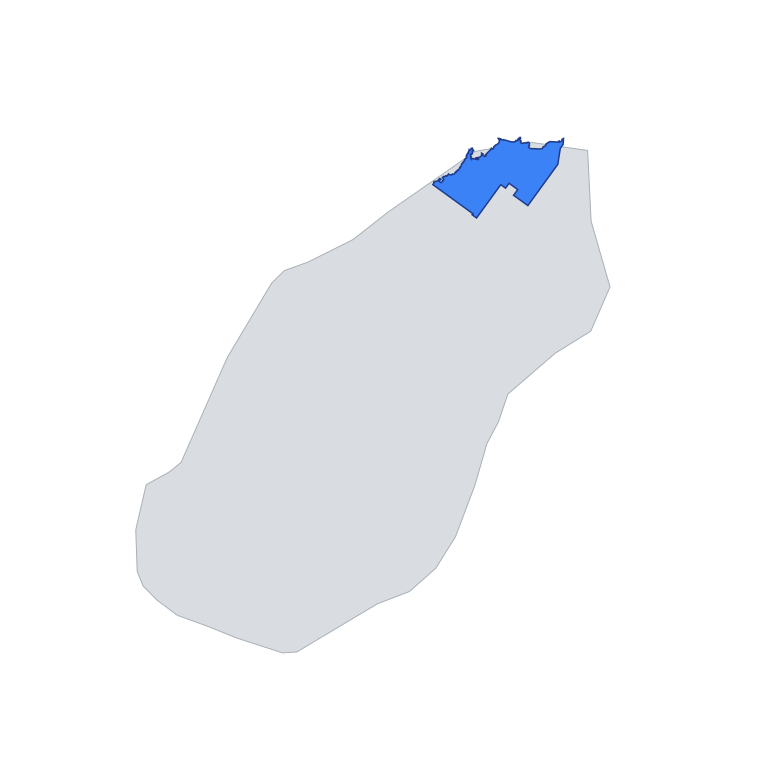 78, Madinat ach Shamal, Qatar (highlighted), rotated 36°
{"feature_id": "91078587B72332727540612", "entity_name": "78", "entity_type": "district", "adm_level": 2, "iso_a3": "QAT", "parent_name": "Qatar", "parent_adm1": "Madinat ach Shamal", "projection": "albers", "projection_center": [51.051, 25.993], "detail": "fine", "context": "in_parent", "style": "filled", "palette": "blue", "viewbox_px": 768, "rotation_deg": 36, "n_neighbors": 0, "source": "geoboundaries", "source_scale": "gbopen_adm2", "svg_char_len": 6128}
<svg xmlns="http://www.w3.org/2000/svg" viewBox="0 0 768 768"><g transform="rotate(36 384 384)"><path d="M414.5,676.0L382.7,684.0L352.8,692.6L327.8,692.3L307.8,689.0L294.5,680.7L268.9,647.9L250.8,605.3L262.0,581.5L265.9,566.7L241.6,454.5L233.8,368.3L236.8,350.6L250.7,330.3L274.0,285.4L286.3,242.2L321.1,142.2L357.8,103.7L411.5,75.4L455.9,130.6L509.8,172.6L520.2,219.7L504.5,258.2L490.1,319.4L498.9,347.5L502.3,371.8L517.1,412.6L531.6,465.6L534.2,502.5L526.6,536.8L507.9,565.6L470.9,652.1L459.9,661.2L414.5,676.0Z" fill="#d9dde1" stroke="#a8b0b8" stroke-width="1"/><path d="M395.5,155.1L395.5,104.1L388.1,89.7L388.1,84.9L384.9,79.8L384.7,80.1L384.7,80.6L384.5,81.0L384.2,81.5L384.3,81.7L384.9,82.2L385.1,82.4L384.2,84.5L383.3,84.9L383.0,84.4L382.8,84.5L383.5,85.3L383.1,85.5L382.1,86.3L381.9,86.3L381.4,86.7L380.7,87.3L378.9,88.3L377.6,89.2L376.2,90.0L375.9,90.3L375.7,90.7L375.5,90.9L375.6,91.1L375.1,91.5L375.2,92.1L374.6,92.8L374.3,93.9L374.0,94.2L374.3,94.9L374.3,95.2L374.1,95.6L374.7,96.1L374.7,96.3L374.5,96.9L374.2,97.4L373.6,98.0L373.3,98.6L373.5,98.9L373.5,99.4L373.7,100.0L373.7,100.3L373.4,100.8L372.9,101.4L371.9,102.2L371.5,102.6L366.8,105.6L366.5,105.9L364.8,107.0L363.7,107.5L363.0,107.6L362.1,107.6L361.5,107.1L361.3,106.8L361.4,106.6L361.2,105.8L361.3,105.7L361.4,105.9L361.6,105.8L361.4,105.5L360.7,104.8L360.5,104.3L360.5,104.1L359.5,103.6L358.8,103.6L358.3,104.4L358.1,104.7L357.9,104.7L357.6,105.3L357.3,105.4L356.9,105.8L356.6,105.9L356.2,106.3L355.9,106.4L355.7,106.8L355.5,107.1L355.2,107.2L355.2,107.4L355.0,107.5L354.4,108.1L353.6,108.6L353.4,108.6L352.3,108.1L352.2,106.9L351.6,106.7L350.2,106.5L349.4,107.0L349.4,106.4L349.5,105.9L349.7,105.5L350.1,105.2L350.1,104.7L349.5,104.6L349.5,104.8L349.1,104.6L349.1,105.4L349.0,105.5L348.9,105.8L348.7,105.8L348.6,106.3L348.4,106.5L348.5,107.4L348.8,107.7L348.8,108.0L349.0,108.0L349.1,108.4L348.9,108.6L348.7,108.6L348.6,108.9L347.8,109.2L348.0,109.5L347.6,109.9L347.6,110.2L347.8,110.5L347.8,110.8L347.5,111.1L347.4,111.3L347.2,111.3L347.0,111.7L346.8,111.8L344.8,113.2L343.9,113.6L340.1,114.9L338.6,115.5L338.4,115.7L337.9,116.0L337.4,115.9L337.4,116.2L337.3,116.4L335.7,117.1L335.2,117.0L335.0,117.5L334.3,117.8L334.0,117.8L333.9,117.7L333.8,117.3L332.8,117.7L332.7,117.9L332.3,118.1L332.1,118.0L331.9,118.1L332.0,118.3L332.4,118.4L332.7,118.4L334.2,119.0L334.3,119.6L334.5,119.7L334.8,120.2L335.0,120.8L335.0,121.4L335.1,121.8L334.8,123.1L334.3,124.3L333.8,125.0L333.9,125.9L333.6,126.4L333.5,126.9L333.3,127.2L333.3,127.5L333.8,127.9L333.9,128.1L333.9,128.5L334.1,128.8L334.1,129.6L333.4,130.4L333.3,130.5L333.2,130.3L332.8,130.6L332.4,130.1L332.5,130.0L332.4,129.9L332.3,130.0L332.7,130.6L332.5,130.8L332.7,131.5L332.6,131.8L332.7,132.1L332.5,132.6L332.2,133.0L332.3,133.1L332.2,133.4L332.2,134.1L332.0,135.0L331.8,135.8L331.9,136.5L331.6,136.9L331.8,137.5L331.8,137.9L331.4,138.4L331.2,138.7L331.2,138.9L331.3,139.2L331.5,139.4L332.1,139.3L332.3,139.3L332.4,139.6L332.5,139.7L332.4,140.0L332.1,140.5L331.1,140.9L329.7,141.0L329.2,140.4L329.0,139.7L328.7,139.1L328.8,139.3L328.4,139.9L327.7,140.2L327.6,139.9L327.3,139.9L327.7,140.4L327.7,140.7L328.2,140.8L328.5,141.6L328.6,142.4L328.4,143.6L328.2,144.0L327.1,145.3L326.6,145.8L326.1,145.5L326.5,145.9L326.1,146.4L325.5,146.9L325.3,147.3L325.4,147.5L326.8,146.9L326.9,146.4L327.0,146.5L327.1,146.2L327.1,146.6L327.4,146.7L327.2,146.6L327.4,146.1L327.5,146.1L327.4,146.6L327.5,146.7L327.6,146.2L327.9,146.3L327.7,146.5L327.6,146.8L327.6,147.0L328.2,146.9L328.3,147.0L327.9,147.4L328.0,147.4L327.9,147.4L327.4,147.7L327.2,147.5L326.7,148.0L326.3,148.1L326.2,148.2L325.9,148.2L324.9,148.7L323.5,149.3L322.9,149.8L322.9,150.3L322.6,149.9L322.3,149.8L322.0,149.9L321.8,150.1L321.7,150.6L321.3,150.4L320.9,149.8L320.8,149.5L320.9,148.8L320.7,148.8L320.7,149.0L320.0,148.7L319.6,147.6L319.3,147.6L319.5,147.3L319.3,147.3L319.2,146.9L319.9,146.6L320.0,146.1L319.8,146.1L319.6,145.1L319.4,144.8L319.3,144.6L318.7,144.3L318.7,144.1L318.6,143.9L318.6,143.0L318.7,142.8L319.3,142.9L319.6,142.3L319.9,142.1L319.3,142.8L318.7,142.7L318.6,142.3L318.2,142.1L317.4,141.5L317.3,141.3L317.6,141.1L317.3,141.3L317.1,141.3L317.0,142.1L316.9,142.2L316.7,142.2L316.7,142.6L316.4,141.9L316.3,142.1L316.1,142.1L316.2,142.5L316.3,142.6L316.3,143.3L316.2,143.4L316.2,143.8L316.0,144.1L316.0,144.3L315.8,144.6L315.5,144.7L315.3,144.6L315.6,145.3L315.7,146.2L316.0,146.3L316.0,147.2L316.6,147.4L316.6,147.8L316.4,148.1L316.3,148.4L316.1,148.4L316.2,149.9L316.5,151.2L316.6,151.3L316.9,151.2L316.9,151.4L317.5,151.4L317.8,152.8L317.6,153.5L317.4,153.5L317.3,155.0L317.5,155.3L317.5,155.5L318.0,156.3L317.8,157.3L317.6,157.3L317.6,158.0L317.8,158.3L317.9,158.6L317.7,158.6L317.8,159.2L317.6,159.2L317.5,160.2L317.7,160.6L317.7,161.2L317.9,161.3L318.2,162.2L318.2,163.2L318.5,163.3L318.6,163.8L318.6,164.1L318.5,164.5L318.2,164.4L318.3,164.7L318.3,164.9L318.2,165.0L318.3,165.7L318.6,166.1L318.7,166.5L318.4,167.4L318.1,167.4L318.1,167.8L317.8,167.8L317.7,168.2L317.8,168.5L317.8,169.0L317.5,169.5L317.9,169.6L317.9,170.0L317.7,170.3L317.5,171.1L317.3,171.1L317.4,172.4L317.2,173.3L316.5,173.8L316.3,173.8L316.3,174.1L316.0,174.1L315.9,174.7L315.8,175.0L315.6,175.0L315.5,175.3L313.9,176.1L313.1,176.2L312.8,176.1L312.7,177.7L312.9,178.0L312.5,178.9L312.3,178.9L312.3,179.1L312.1,179.1L312.1,179.3L311.3,179.5L311.4,180.0L311.2,180.6L310.9,181.0L310.0,181.2L310.0,181.7L310.2,182.2L310.1,182.5L310.4,182.5L310.2,182.6L310.5,182.8L310.5,183.1L310.6,182.9L311.5,183.2L311.9,183.3L311.9,183.5L312.1,183.5L312.3,184.8L312.1,185.1L311.9,185.1L312.1,187.0L311.8,187.5L311.3,187.6L311.0,187.8L310.5,187.8L310.3,187.6L309.8,187.6L309.7,187.6L309.6,186.7L309.5,185.5L309.7,185.2L309.2,185.1L309.2,184.8L308.9,184.9L308.6,184.9L308.4,185.1L308.4,185.4L308.1,185.4L308.2,186.0L308.0,186.6L308.3,187.2L308.1,187.9L307.9,187.9L307.7,188.5L307.4,189.0L306.8,189.7L306.5,189.8L306.4,190.1L305.9,190.4L305.8,190.7L305.5,190.8L305.7,191.7L306.2,191.9L306.3,192.5L306.3,194.0L356.1,194.0L355.8,195.3L361.3,195.3L361.3,154.1L367.2,154.1L367.2,148.1L377.9,148.1L377.9,155.2L395.5,155.1Z" fill="#3b82f6" stroke="#1e3a8a" stroke-width="1.5"/></g></svg>